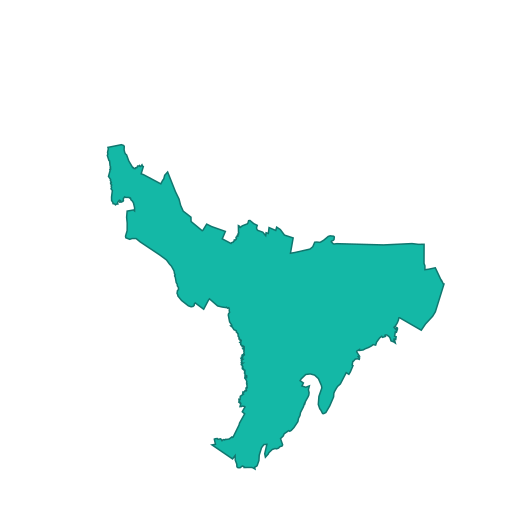 the district of Moara, Suceava, Romania, rotated 55°
{"feature_id": "2599482B75837572043429", "entity_name": "Moara", "entity_type": "district", "adm_level": 2, "iso_a3": "ROU", "parent_name": "Romania", "parent_adm1": "Suceava", "projection": "natural_earth1", "projection_center": [26.193, 47.582], "detail": "fine", "context": "isolated", "style": "filled", "palette": "teal", "viewbox_px": 512, "rotation_deg": 55, "n_neighbors": 0, "source": "geoboundaries", "source_scale": "gbopen_adm2", "svg_char_len": 6142}
<svg xmlns="http://www.w3.org/2000/svg" viewBox="0 0 512 512"><g transform="rotate(55 256 256)"><path d="M385.5,400.4L408.8,391.6L407.5,387.6L411.4,390.1L415.4,391.1L417.5,392.4L418.4,392.5L419.2,392.1L420.3,390.5L420.2,387.6L421.7,386.7L422.4,387.1L426.6,381.0L427.6,380.1L429.9,379.0L428.3,378.3L428.5,375.7L428.1,374.9L425.2,370.9L421.0,367.6L416.2,361.4L415.0,357.7L416.5,355.1L423.0,362.3L426.2,363.7L425.2,359.4L424.5,358.4L423.8,353.7L424.6,350.9L425.8,349.7L426.3,347.7L425.9,345.9L426.6,343.6L426.0,342.5L419.7,340.7L419.0,336.7L418.0,335.4L417.8,334.5L417.8,329.4L418.9,328.9L419.1,327.2L418.3,323.4L415.7,316.7L413.3,314.2L411.9,311.5L409.8,309.4L406.7,303.6L404.7,301.0L405.1,300.9L403.5,298.9L401.2,294.1L400.2,292.5L398.4,290.9L395.6,289.8L393.0,286.8L392.1,290.5L388.8,292.9L387.2,290.0L383.4,291.4L382.6,289.5L381.6,283.2L383.7,279.2L387.2,276.3L392.2,275.2L399.6,276.7L401.8,277.7L407.1,285.0L413.3,290.1L417.7,291.4L419.5,291.3L423.2,291.8L423.9,291.1L424.3,288.6L421.1,281.6L415.9,273.2L413.2,271.1L412.1,269.5L410.3,265.7L409.6,263.9L409.2,260.3L403.3,249.0L406.2,247.8L405.0,245.1L401.4,239.4L400.5,239.8L397.9,237.2L398.1,236.7L397.4,233.8L398.5,231.7L399.9,230.7L398.9,229.6L397.8,230.1L396.9,230.0L397.4,228.7L392.2,228.5L391.7,227.8L391.9,224.9L392.7,225.5L394.4,222.1L394.6,219.9L395.5,216.3L395.9,212.8L395.7,210.9L397.6,209.1L395.7,206.6L394.0,201.6L393.9,199.0L395.2,199.0L396.1,196.1L394.9,195.9L395.2,194.7L395.9,194.1L398.3,193.2L400.1,193.2L403.0,194.1L405.3,192.5L407.2,191.8L405.0,191.0L404.7,191.5L403.9,191.2L403.2,190.5L404.5,189.4L402.5,187.5L401.2,188.5L398.6,185.9L398.1,185.4L399.0,184.7L396.9,181.9L396.5,182.1L395.9,181.5L394.9,182.1L396.3,183.6L393.7,183.9L393.4,183.5L393.3,182.0L391.9,178.8L390.2,176.1L388.6,174.5L388.7,174.1L389.1,173.7L411.6,163.2L408.9,156.1L406.7,145.9L404.6,141.1L386.8,118.1L386.4,118.6L382.4,118.0L382.4,118.3L368.5,115.9L365.8,122.3L364.1,125.5L361.0,123.3L358.4,122.6L342.8,111.6L339.6,116.3L335.3,121.1L320.0,145.3L292.2,182.8L290.9,185.3L290.0,185.8L287.5,186.2L287.1,185.6L287.5,183.8L287.3,182.7L285.4,181.0L284.9,180.9L284.3,181.1L282.0,183.7L281.4,185.6L281.9,191.5L281.6,195.7L279.3,198.4L278.4,200.0L281.0,204.2L281.3,207.8L275.5,222.0L273.5,226.2L262.5,215.2L255.2,220.7L248.3,220.9L244.2,222.5L246.4,225.2L240.2,229.0L244.6,233.0L242.7,234.4L244.9,236.4L240.4,236.8L235.8,240.0L234.2,239.9L233.0,239.2L231.6,237.4L228.4,239.2L223.4,240.6L222.8,241.8L224.3,243.6L224.7,244.6L223.4,250.0L223.6,252.6L223.2,252.8L222.2,252.4L221.0,253.0L226.6,256.8L227.2,256.8L227.6,258.1L228.5,258.2L228.3,259.3L228.6,259.8L229.3,259.7L229.1,261.2L229.6,262.0L230.5,262.0L231.0,263.1L231.1,263.9L230.4,264.5L231.3,265.5L231.2,266.0L231.6,266.7L231.1,268.4L231.4,269.3L222.6,273.8L218.3,267.0L206.4,275.5L201.6,278.1L204.5,284.8L204.4,285.6L190.5,289.4L186.9,287.0L177.5,289.9L171.3,288.7L165.2,286.4L157.1,285.1L136.5,280.2L137.5,284.5L140.0,287.4L140.4,288.9L142.3,292.6L125.0,301.4L122.8,302.9L118.1,297.0L117.3,297.4L115.9,297.1L116.5,299.2L115.9,299.7L115.1,299.6L115.2,300.1L114.4,301.4L115.3,302.9L114.6,304.2L115.1,304.9L114.3,305.8L113.1,305.8L112.9,306.3L105.2,305.7L98.9,304.0L97.6,304.4L96.0,304.2L93.3,303.1L90.7,301.1L89.6,301.0L87.6,302.4L82.1,315.0L83.5,315.5L86.0,318.2L87.6,318.9L88.3,320.1L93.4,321.7L94.1,321.4L98.4,323.8L99.8,324.1L100.2,325.0L101.4,325.1L101.4,326.2L102.3,326.5L106.2,331.2L109.9,331.2L110.4,331.9L112.7,332.3L112.7,333.2L113.6,333.7L114.1,333.4L115.1,333.5L115.6,334.5L117.2,335.1L117.8,336.2L120.0,336.1L124.8,340.5L127.8,342.5L130.0,342.5L131.1,343.1L132.4,341.9L133.5,341.8L133.5,340.3L134.2,339.4L132.7,338.6L131.9,335.9L132.8,335.3L133.8,336.6L134.8,335.0L134.5,334.2L134.9,333.7L134.7,332.9L133.0,331.9L132.2,329.7L133.3,329.1L135.1,326.5L135.9,326.4L136.0,325.8L136.6,325.6L138.2,326.2L139.8,325.8L142.1,325.9L146.7,327.7L149.4,329.6L148.0,330.0L145.3,335.8L150.1,339.8L155.1,342.6L161.3,347.0L164.9,351.5L166.4,352.2L169.9,349.9L170.6,347.5L172.9,344.2L178.0,342.8L199.8,334.3L207.9,331.6L213.0,331.5L215.8,331.1L221.3,331.7L223.7,332.9L225.1,333.0L225.6,334.1L227.1,334.3L232.0,336.6L233.9,336.7L235.4,337.6L237.3,337.6L239.0,338.7L239.3,340.2L241.3,342.1L243.2,342.4L243.8,342.9L249.7,342.5L258.0,340.0L260.4,338.3L261.2,336.5L261.0,335.0L259.9,334.0L259.6,332.7L269.6,329.4L264.9,320.3L264.4,318.7L274.9,316.1L278.3,313.1L281.1,310.1L281.0,309.6L282.5,309.2L282.7,308.0L284.2,308.3L285.6,309.4L287.0,309.9L287.6,311.7L288.5,312.6L294.8,315.4L298.8,315.5L299.0,315.7L298.7,316.8L300.7,316.2L303.8,316.3L305.9,315.0L307.0,315.7L307.9,315.3L308.9,315.6L309.4,315.3L311.6,316.7L313.0,316.5L314.1,317.5L314.4,317.0L315.9,317.4L315.9,316.7L316.6,316.5L317.5,317.5L317.6,318.8L318.5,318.3L319.9,319.4L320.6,319.0L322.6,319.3L322.8,318.9L322.2,318.2L323.4,317.7L324.5,318.4L324.3,320.0L324.9,319.9L325.5,319.2L326.5,319.7L326.7,320.5L328.1,320.9L329.3,322.5L329.9,322.0L330.3,322.2L330.2,322.8L329.6,323.2L330.3,323.9L329.2,324.0L329.2,324.4L330.8,325.2L330.6,326.0L331.5,326.0L331.5,325.4L332.6,325.9L331.5,327.1L332.7,327.3L333.2,326.5L333.3,328.0L334.6,328.3L334.7,329.1L335.5,329.2L336.2,328.3L336.1,330.0L336.5,330.4L337.7,329.8L338.0,330.3L339.1,330.3L339.3,331.0L340.4,331.0L340.5,331.8L341.4,331.6L341.7,331.1L342.7,331.3L343.0,330.7L343.9,330.9L344.2,331.7L344.9,331.8L345.2,332.6L346.1,332.5L348.1,333.9L348.6,333.6L348.3,332.6L348.7,332.3L350.3,333.4L350.0,334.0L348.8,334.5L349.5,335.2L351.7,335.1L353.7,335.6L354.7,336.7L355.6,336.6L356.1,337.4L356.9,337.5L358.2,338.6L358.7,338.6L358.9,338.9L358.3,339.3L358.4,340.0L360.8,341.0L360.8,341.7L360.0,342.0L360.6,344.2L359.9,344.6L360.9,345.7L361.9,345.5L361.9,349.4L362.6,349.6L363.0,350.3L364.2,351.1L364.5,351.4L363.6,352.2L365.3,353.1L365.8,353.9L366.9,353.6L366.4,353.2L366.6,352.9L368.1,353.0L370.2,355.5L371.0,354.3L370.9,353.5L372.4,351.9L373.3,351.6L375.7,356.6L378.8,355.8L383.4,365.3L384.7,366.8L391.2,378.6L391.1,379.4L390.4,379.5L390.5,383.0L389.4,385.3L388.8,385.8L388.7,387.2L387.9,387.6L387.6,388.8L387.8,389.8L385.5,389.8L384.3,392.4L383.3,392.4L382.3,394.2L382.1,395.2L387.0,397.2L385.5,400.4Z" fill="#14b8a6" stroke="#0f766e" stroke-width="1.5"/></g></svg>